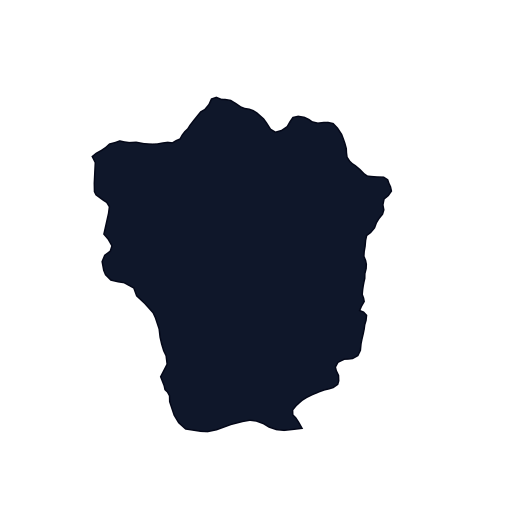 outline of Ipiaçu, Minas Gerais, Brazil, rotated 239°
{"feature_id": "56859067B82454060377741", "entity_name": "Ipiaçu", "entity_type": "district", "adm_level": 2, "iso_a3": "BRA", "parent_name": "Brazil", "parent_adm1": "Minas Gerais", "projection": "natural_earth1", "projection_center": [-49.93, -18.707], "detail": "fine", "context": "isolated", "style": "filled", "palette": "ink", "viewbox_px": 512, "rotation_deg": 239, "n_neighbors": 0, "source": "geoboundaries", "source_scale": "gbopen_adm2", "svg_char_len": 2421}
<svg xmlns="http://www.w3.org/2000/svg" viewBox="0 0 512 512"><g transform="rotate(239 256 256)"><path d="M329.8,390.3L333.4,386.5L335.6,382.7L338.0,377.4L342.1,373.2L345.8,371.6L350.0,368.8L354.0,364.1L355.7,359.0L353.6,354.4L350.8,349.4L350.4,342.6L352.1,336.4L357.2,333.7L364.7,333.5L369.6,333.1L373.4,331.9L378.2,330.4L382.1,328.4L385.3,325.8L388.3,322.2L391.7,319.6L396.4,317.5L402.4,314.4L406.0,310.2L408.1,306.9L412.4,303.7L413.5,298.7L410.1,293.8L407.9,287.6L408.0,282.8L406.5,278.7L404.3,272.7L402.0,266.8L400.1,263.1L399.2,259.0L397.6,255.0L395.4,251.2L396.0,247.1L396.0,242.6L398.9,238.8L400.9,234.2L402.8,229.1L405.1,224.9L407.3,221.6L410.1,217.6L415.2,211.9L418.4,205.8L421.8,201.6L424.8,198.5L425.7,193.9L427.4,188.1L426.4,183.2L426.1,177.9L426.3,172.0L425.6,166.9L418.9,166.4L401.7,154.9L394.4,150.7L390.8,150.4L382.4,153.9L378.8,155.7L373.7,155.7L368.5,151.6L353.1,136.9L346.5,138.0L338.9,137.8L335.2,133.6L334.5,126.7L330.4,121.2L322.1,118.1L317.4,117.4L310.1,119.2L304.9,124.6L301.1,129.2L291.5,134.8L283.3,133.2L272.9,136.2L260.3,138.6L254.9,138.0L243.3,135.4L235.8,132.0L229.1,129.8L222.3,128.1L216.8,127.6L209.0,124.1L201.6,112.1L192.1,110.5L188.3,109.2L185.0,110.1L180.7,109.9L175.6,107.0L161.7,103.9L152.9,103.9L144.0,106.6L134.1,118.5L130.4,124.1L127.4,132.7L124.5,147.8L121.0,159.5L118.4,166.2L114.4,171.3L108.4,176.1L102.6,179.1L96.6,184.2L92.1,190.3L88.7,197.6L84.6,206.7L91.5,206.9L96.7,206.7L100.9,205.7L105.2,208.1L107.1,213.4L107.9,217.4L108.6,221.4L108.7,226.6L108.2,232.7L107.1,240.2L106.0,245.7L104.6,250.0L103.5,254.4L103.9,259.9L106.4,262.6L111.1,265.2L116.3,265.7L119.9,266.8L122.7,271.5L122.1,278.5L120.1,282.2L118.4,286.0L118.2,292.0L121.4,296.9L126.8,300.9L130.4,304.2L134.3,308.0L137.7,311.1L141.1,313.8L144.1,317.1L148.2,320.2L152.5,319.3L155.9,316.7L158.7,320.6L161.3,325.3L164.5,326.5L168.3,327.2L172.4,330.2L175.3,332.6L178.0,335.0L180.8,337.7L184.8,340.2L188.5,343.9L192.1,346.3L195.7,347.6L200.2,348.3L204.1,351.0L207.9,354.3L213.1,358.1L216.6,361.4L217.1,366.3L219.1,372.1L222.5,376.3L224.8,380.7L226.7,386.0L229.7,389.3L234.5,391.1L238.9,395.1L239.7,400.5L241.9,405.5L246.0,406.9L249.8,407.3L253.5,408.1L257.8,406.0L261.7,400.0L264.7,395.8L267.1,392.6L270.9,390.9L276.5,389.6L282.3,387.6L285.6,386.0L288.9,385.1L293.8,384.9L297.9,386.7L301.6,388.7L306.9,390.2L311.2,391.1L316.1,392.0L323.6,391.7L329.8,390.3Z" fill="#0f172a" stroke="#020617" stroke-width="1.5"/></g></svg>